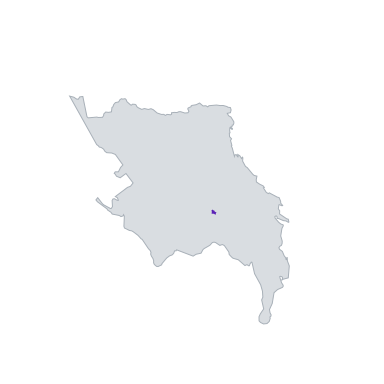 location of Combita, Boyacá, Colombia, rotated 143°
{"feature_id": "7082276B12842426687560", "entity_name": "Combita", "entity_type": "district", "adm_level": 2, "iso_a3": "COL", "parent_name": "Colombia", "parent_adm1": "Boyacá", "projection": "equal_earth", "projection_center": [-73.326, 5.691], "detail": "fine", "context": "in_parent", "style": "filled", "palette": "violet", "viewbox_px": 384, "rotation_deg": 143, "n_neighbors": 0, "source": "geoboundaries", "source_scale": "gbopen_adm2", "svg_char_len": 4585}
<svg xmlns="http://www.w3.org/2000/svg" viewBox="0 0 384 384"><g transform="rotate(143 192 192)"><path d="M213.6,52.0L210.7,53.6L205.1,55.5L201.3,63.9L198.7,65.4L195.4,70.4L193.0,76.6L191.2,89.1L186.4,99.8L186.8,100.3L188.7,99.8L190.5,98.6L191.2,99.0L191.8,100.9L194.0,101.4L195.8,110.0L199.1,114.4L199.5,116.1L199.9,119.7L198.7,121.9L198.4,129.8L199.4,131.8L201.9,132.6L203.6,137.5L204.6,138.7L206.1,139.4L209.8,138.7L216.3,139.5L217.9,139.4L221.6,137.7L226.2,139.8L229.7,140.1L239.1,155.1L240.1,154.6L241.3,155.5L243.6,154.0L245.7,153.7L248.4,154.5L251.9,154.5L259.0,152.9L260.1,152.1L264.0,152.9L265.1,154.0L265.7,156.8L265.3,158.5L263.9,160.3L263.2,162.5L263.0,165.2L262.4,167.2L261.1,168.5L260.6,170.4L260.9,172.9L260.3,184.2L260.8,185.1L261.2,189.8L262.9,195.8L263.7,197.5L265.1,198.9L267.6,203.9L267.0,205.6L260.6,213.4L260.3,215.1L261.5,214.4L263.5,215.1L264.2,217.0L269.0,222.4L268.9,224.5L270.3,228.6L270.0,229.5L273.4,241.1L273.5,243.5L270.7,244.2L270.6,236.4L270.2,234.8L267.1,227.9L266.4,227.4L264.3,228.2L260.9,233.3L259.3,234.0L258.0,233.3L256.7,230.3L255.8,229.7L255.0,232.3L256.0,234.5L240.7,234.5L237.7,233.6L233.6,234.7L233.6,246.5L240.8,246.6L242.8,250.0L242.6,252.7L242.9,253.7L241.2,254.3L238.7,252.4L234.2,254.6L230.9,255.2L230.6,268.1L232.6,271.4L236.5,274.8L237.1,277.2L236.8,279.4L237.7,282.2L239.0,283.7L239.0,285.4L239.6,287.2L232.0,342.2L229.3,338.8L228.3,335.8L227.0,334.5L224.4,335.5L221.7,334.0L230.6,315.3L230.3,313.7L222.9,309.1L222.1,308.0L218.6,305.5L216.6,306.2L215.5,307.4L212.8,307.8L210.7,305.8L208.1,304.5L205.0,307.7L204.0,307.6L201.8,309.0L199.4,309.5L196.4,308.1L193.9,309.1L192.1,308.9L191.5,307.9L189.3,306.8L189.0,305.5L189.6,303.2L188.7,298.7L188.3,297.9L186.6,297.9L184.7,296.2L184.3,295.2L184.7,293.4L184.3,291.8L182.4,288.2L179.8,287.3L177.2,284.2L174.6,283.2L173.4,281.0L172.3,276.1L169.7,272.3L167.8,271.0L167.2,269.2L165.2,269.0L162.6,266.5L161.5,266.4L160.7,267.6L158.3,266.3L156.2,264.5L154.1,264.0L152.7,262.9L150.2,259.4L147.5,257.7L145.9,258.3L145.4,260.9L144.5,261.4L141.3,260.7L140.8,261.3L140.0,261.2L136.1,259.2L132.4,258.5L131.4,254.1L129.0,252.5L128.2,250.5L126.5,250.7L120.1,246.7L117.4,244.0L115.1,242.4L112.7,239.3L112.3,238.1L110.5,236.3L111.4,234.0L113.6,232.2L116.5,233.6L116.9,230.9L115.8,228.5L116.3,223.0L117.1,221.8L118.7,220.7L119.7,221.2L120.3,220.3L122.7,220.7L123.4,220.3L125.2,218.1L126.0,216.4L126.8,216.5L128.7,213.6L128.4,210.7L130.2,210.0L132.1,205.2L132.9,205.1L133.4,202.8L136.7,194.9L135.5,195.8L134.2,195.3L134.4,192.6L134.0,192.3L132.9,194.4L132.0,192.3L132.3,188.9L130.8,189.5L130.8,188.7L133.0,186.2L133.9,180.3L133.2,178.2L132.8,169.5L132.4,167.8L130.6,165.6L133.4,163.1L134.5,161.2L133.2,157.4L131.5,154.1L131.5,152.1L132.5,152.3L132.9,146.9L132.0,144.8L130.8,144.8L127.1,136.8L125.8,135.1L126.8,131.3L127.9,129.6L127.7,126.7L128.4,126.8L130.0,129.5L130.7,129.1L133.2,126.6L133.3,124.2L135.3,121.8L132.5,113.6L131.5,112.3L132.7,109.7L133.3,109.8L134.4,112.4L136.2,114.1L138.8,118.6L139.9,119.7L139.1,120.7L138.9,121.8L139.3,122.4L140.7,122.5L141.3,121.2L141.0,115.7L140.3,112.9L139.0,111.0L139.4,110.1L142.1,108.8L147.6,103.5L149.5,98.5L151.0,96.7L152.6,95.6L154.6,95.8L156.1,95.2L156.6,93.6L155.6,90.2L156.8,85.5L156.7,83.1L157.5,81.7L157.2,81.1L155.2,82.8L157.3,79.5L158.8,74.4L166.8,65.5L172.0,67.6L173.6,67.5L171.5,68.6L171.1,69.9L171.9,71.3L172.7,71.7L173.3,70.8L175.1,65.6L175.3,62.7L176.1,61.7L177.2,61.4L182.3,62.6L187.1,62.2L195.0,54.7L200.9,51.5L202.4,48.5L202.8,46.2L203.8,45.3L205.0,45.3L205.6,44.0L208.3,42.1L211.3,41.8L214.3,43.6L215.8,46.6L216.0,48.7L213.6,52.0ZM122.8,219.7L122.4,220.1L121.7,219.4L121.5,218.5L121.9,217.8L122.4,218.0L122.8,219.7Z" fill="#d9dde1" stroke="#a8b0b8" stroke-width="1"/><path d="M187.8,162.6L187.7,162.6L187.4,162.7L187.4,162.8L187.4,162.7L187.4,162.8L187.4,162.7L187.4,162.8L187.4,162.7L187.3,162.4L187.2,162.4L187.2,162.2L187.0,161.9L186.9,161.9L186.9,161.7L186.7,161.5L186.7,161.4L186.7,161.2L186.6,160.9L186.5,161.0L186.4,161.0L186.3,161.3L186.3,161.5L186.2,161.6L186.2,161.8L186.3,161.8L186.2,161.8L186.3,161.9L186.3,162.0L186.3,162.3L186.4,162.5L186.5,162.6L186.6,162.8L186.7,163.0L186.8,163.1L186.7,163.1L186.6,163.3L186.5,163.5L186.4,163.7L186.5,163.8L186.4,163.8L186.5,164.0L186.5,163.9L186.5,164.0L186.6,164.3L186.7,164.5L186.8,164.7L186.8,164.8L187.0,164.8L187.0,164.7L187.0,164.4L187.1,164.2L187.3,164.0L187.3,163.9L187.4,163.7L187.5,163.7L187.7,163.4L187.8,163.3L187.7,163.3L187.8,163.3L187.7,163.3L187.8,163.3L187.8,163.2L187.7,163.0L187.7,162.9L187.8,162.7L187.8,162.6Z" fill="#8b5cf6" stroke="#5b21b6" stroke-width="1.5"/></g></svg>